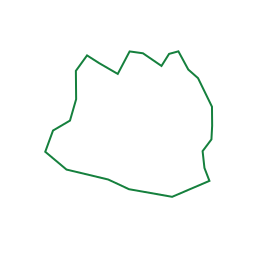 Trosa, Södermanland, Sweden, rotated 64°
{"feature_id": "70781695B57968979850180", "entity_name": "Trosa", "entity_type": "district", "adm_level": 2, "iso_a3": "SWE", "parent_name": "Sweden", "parent_adm1": "Södermanland", "projection": "equal_earth", "projection_center": [17.46, 58.899], "detail": "fine", "context": "isolated", "style": "outline", "palette": "green", "viewbox_px": 256, "rotation_deg": 64, "n_neighbors": 0, "source": "geoboundaries", "source_scale": "gbopen_adm2", "svg_char_len": 460}
<svg xmlns="http://www.w3.org/2000/svg" viewBox="0 0 256 256"><g transform="rotate(64 128 128)"><path d="M81.2,49.1L79.4,58.6L86.9,70.7L67.4,81.8L61.4,90.7L59.9,93.0L74.9,113.5L56.9,125.6L44.8,133.0L53.8,149.8L79.4,162.0L95.9,176.9L97.4,196.5L113.1,212.8L138.4,201.5L165.6,168.4L183.4,154.0L209.2,118.5L211.2,78.0L197.4,76.8L181.5,71.1L174.8,58.0L162.9,51.4L145.7,43.2L113.9,43.2L101.9,48.2L81.2,49.1Z" fill="none" stroke="#15803d" stroke-width="2"/></g></svg>